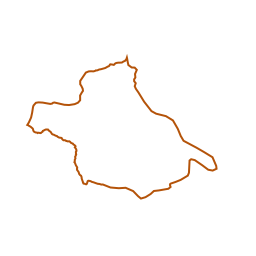 Benoue, Nord, Cameroon (Equal Earth projection), rotated 288°
{"feature_id": "32672807B41938793250317", "entity_name": "Benoue", "entity_type": "district", "adm_level": 2, "iso_a3": "CMR", "parent_name": "Cameroon", "parent_adm1": "Nord", "projection": "equal_earth", "projection_center": [13.438, 9.181], "detail": "fine", "context": "isolated", "style": "outline", "palette": "amber", "viewbox_px": 256, "rotation_deg": 288, "n_neighbors": 0, "source": "geoboundaries", "source_scale": "gbopen_adm2", "svg_char_len": 2681}
<svg xmlns="http://www.w3.org/2000/svg" viewBox="0 0 256 256"><g transform="rotate(288 128 128)"><path d="M116.6,224.8L119.2,223.6L126.3,217.4L128.6,207.8L130.4,199.4L133.0,184.8L136.1,181.3L136.6,180.7L141.8,176.3L142.8,175.4L149.1,168.4L151.0,160.4L150.3,150.3L151.3,145.1L158.0,135.2L164.2,127.9L164.9,127.1L167.4,123.8L167.8,123.3L169.8,121.5L173.0,121.5L174.4,119.4L176.2,118.8L177.1,119.1L178.3,119.4L181.5,118.0L186.0,118.4L187.5,115.7L186.7,112.8L188.0,108.9L191.1,107.1L193.4,105.9L194.6,105.2L192.9,105.2L192.0,104.8L190.9,104.4L189.8,103.1L188.5,102.1L188.0,101.1L187.2,98.7L186.2,96.7L185.0,95.6L184.0,95.3L183.6,94.9L183.5,93.5L183.1,91.5L182.7,91.2L181.8,91.1L180.9,90.7L180.0,89.6L179.3,89.0L178.0,87.8L175.6,84.2L174.7,82.5L173.5,81.2L173.1,80.5L172.8,79.6L172.6,79.6L171.3,77.9L170.7,75.9L169.9,73.5L169.4,72.8L167.7,70.8L158.0,68.0L155.3,68.9L154.9,69.0L153.5,70.7L151.3,72.8L149.4,73.7L147.4,73.1L144.1,72.4L141.5,73.3L139.6,73.9L136.6,72.6L134.2,69.9L131.6,64.8L130.4,60.2L129.5,50.1L128.8,48.9L127.8,48.3L126.9,46.7L126.3,42.6L125.8,39.0L124.7,34.9L123.5,32.6L120.2,31.2L118.5,31.2L113.0,32.1L108.0,32.6L102.7,32.0L99.8,31.3L99.8,32.0L99.5,33.0L99.1,35.0L98.1,37.4L97.7,37.9L96.2,38.8L95.5,39.7L95.4,40.1L95.2,41.3L95.3,42.0L95.5,43.0L95.3,43.6L95.6,43.8L95.9,44.5L96.1,46.3L96.3,46.7L96.8,46.9L98.1,47.9L98.9,47.9L99.5,48.6L100.3,49.3L101.1,50.2L101.6,51.4L101.6,52.0L101.8,52.4L101.0,53.7L100.4,55.6L99.5,56.7L98.8,57.6L98.6,58.5L98.7,59.4L98.3,61.5L98.4,62.9L97.9,63.7L97.8,64.4L97.6,65.5L98.0,67.6L97.9,68.1L97.3,68.6L96.8,69.4L96.5,70.1L96.4,70.5L96.8,71.5L96.9,72.1L96.8,72.7L96.5,73.3L96.7,73.7L96.7,74.1L96.6,74.8L97.0,75.8L97.2,76.1L97.0,77.2L96.4,78.1L96.2,78.6L96.1,80.4L95.5,81.1L95.2,82.4L94.6,83.6L94.2,83.8L93.2,83.4L92.8,84.0L91.7,85.4L91.1,85.6L90.7,85.9L90.3,86.1L89.3,85.8L88.3,86.1L87.9,86.4L87.2,86.5L86.7,86.6L86.6,86.9L85.2,86.8L84.2,86.6L82.9,87.4L81.1,87.2L80.1,87.7L79.2,87.6L78.9,87.6L78.6,88.2L76.4,90.0L74.9,91.8L74.5,92.0L73.7,92.0L73.2,92.3L72.5,92.4L72.1,93.0L70.8,94.7L69.3,95.7L68.5,96.8L68.1,98.1L67.0,99.0L65.6,99.6L63.6,101.1L62.9,101.7L62.2,102.0L61.4,102.9L61.6,103.7L61.5,104.8L61.5,105.6L62.2,106.1L65.0,106.1L65.5,106.5L65.7,106.9L65.9,108.9L65.6,110.2L65.7,112.1L65.6,114.8L65.6,116.9L65.9,117.5L66.0,119.4L65.9,120.0L66.5,121.5L66.0,129.7L67.9,137.9L70.4,144.2L69.6,152.4L66.2,158.8L65.9,159.6L64.9,162.1L67.6,166.0L69.0,167.2L72.2,169.9L76.1,172.1L78.1,176.5L82.7,185.2L85.1,186.7L86.8,185.5L87.7,185.4L88.4,185.9L91.3,189.8L94.9,194.1L101.2,199.6L104.3,199.8L116.1,196.6L117.8,197.7L118.1,201.4L115.5,210.2L114.5,213.1L113.1,217.2L113.7,221.7L116.6,224.8Z" fill="none" stroke="#b45309" stroke-width="2"/></g></svg>